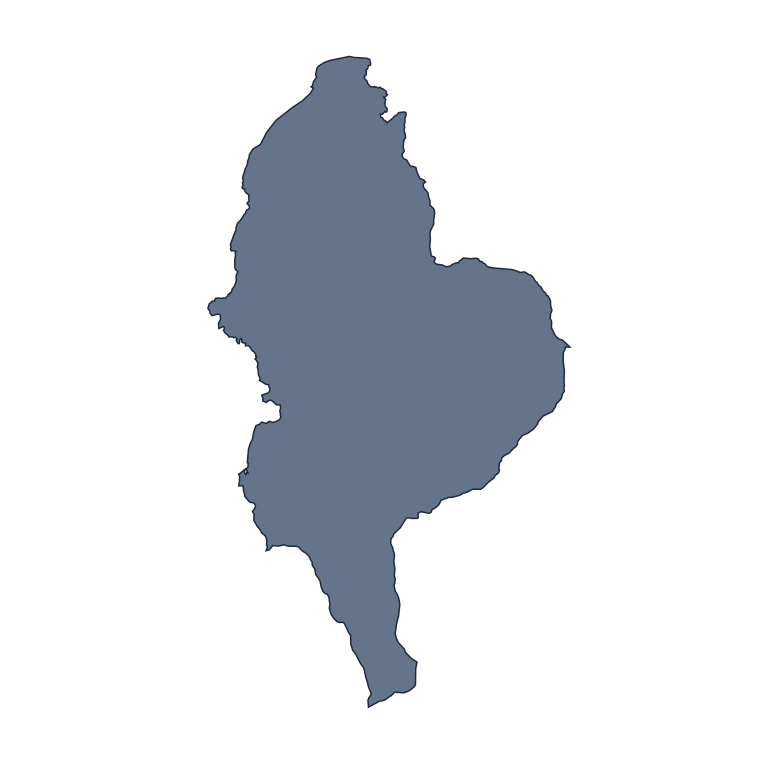 the district of Tangua, Nariño, Colombia, rotated 185°
{"feature_id": "7082276B88194767649924", "entity_name": "Tangua", "entity_type": "district", "adm_level": 2, "iso_a3": "COL", "parent_name": "Colombia", "parent_adm1": "Nariño", "projection": "orthographic", "projection_center": [-77.351, 1.075], "detail": "fine", "context": "isolated", "style": "filled", "palette": "slate", "viewbox_px": 768, "rotation_deg": 185, "n_neighbors": 0, "source": "geoboundaries", "source_scale": "gbopen_adm2", "svg_char_len": 6152}
<svg xmlns="http://www.w3.org/2000/svg" viewBox="0 0 768 768"><g transform="rotate(185 384 384)"><path d="M326.4,87.1L327.6,103.0L326.9,109.8L333.3,113.3L339.7,119.1L340.6,121.6L347.2,127.7L349.5,131.6L351.1,136.4L350.5,147.5L349.3,154.0L349.0,165.7L350.5,171.4L352.5,175.6L354.7,178.5L356.6,184.7L355.9,185.9L355.8,190.9L357.0,193.4L357.0,200.8L358.8,207.9L358.6,214.3L361.4,222.3L363.3,225.2L363.6,230.0L361.5,233.6L361.3,235.4L354.9,242.7L350.2,252.3L348.4,252.9L343.8,252.5L338.9,253.1L338.3,254.2L338.7,258.4L336.0,260.0L328.1,259.2L326.8,259.5L325.7,260.6L325.2,263.1L321.4,265.6L318.8,268.7L316.9,273.3L309.3,276.8L306.3,277.0L298.9,279.7L295.9,281.9L291.9,283.5L286.5,286.9L278.4,287.6L275.8,289.9L272.2,294.5L266.0,300.4L265.2,302.6L262.3,305.3L261.6,307.0L261.6,308.5L262.5,311.0L262.0,312.5L262.2,314.5L261.7,316.2L260.3,318.0L260.4,319.8L259.8,321.2L257.7,323.3L253.6,325.9L249.1,331.5L247.2,333.0L245.9,335.5L245.8,338.4L242.1,344.1L240.6,345.4L236.3,347.6L231.2,352.1L227.7,357.1L226.6,360.7L222.6,366.0L213.9,371.2L211.3,376.1L210.6,379.1L206.0,385.0L205.4,389.4L203.8,392.5L204.5,396.2L204.1,397.7L204.9,401.8L205.4,412.8L207.4,421.7L208.1,430.8L206.5,435.1L206.6,436.5L202.0,437.0L210.0,443.3L213.5,444.1L216.6,446.1L217.8,447.5L222.0,454.3L222.5,460.9L224.1,463.8L224.2,468.6L223.1,472.0L224.7,476.1L225.5,481.6L228.1,485.9L230.2,486.7L230.6,488.2L234.2,491.1L236.0,494.3L238.3,495.6L240.6,498.7L242.1,499.4L244.9,503.5L247.4,505.3L249.4,505.7L252.5,507.5L254.1,507.9L257.9,507.0L264.7,508.9L267.5,509.2L283.2,509.1L289.7,509.6L291.8,510.3L293.8,512.4L296.0,513.3L297.0,514.4L299.5,514.7L300.7,516.7L302.8,517.4L308.4,516.4L315.9,516.4L319.5,513.1L320.4,511.4L323.5,510.6L326.7,508.9L328.1,507.2L332.5,506.2L336.1,507.6L342.0,507.9L344.3,509.4L344.7,510.6L343.8,513.7L345.1,515.1L347.2,515.3L348.2,516.3L350.5,525.4L350.4,532.4L351.4,537.2L350.9,541.3L348.4,547.5L348.8,551.5L348.4,558.1L349.0,561.5L350.5,563.6L353.8,566.1L354.2,570.8L355.6,573.5L357.0,578.4L361.4,582.9L362.1,584.6L362.2,587.1L360.2,588.7L360.4,589.1L362.1,590.7L366.2,591.9L369.4,597.5L371.2,602.6L377.0,603.7L381.0,609.2L383.6,609.9L384.7,610.7L386.1,613.9L384.2,617.8L385.5,621.8L385.6,625.4L385.1,629.5L383.9,631.1L384.7,634.9L386.3,638.7L385.7,641.2L386.4,643.9L386.0,646.3L386.3,650.7L385.4,653.7L385.8,656.2L387.3,656.8L392.8,655.7L394.7,653.2L396.9,651.6L399.0,649.0L403.9,644.4L404.7,645.8L407.0,646.8L408.8,649.1L410.5,649.5L411.1,652.6L409.1,652.6L406.7,655.7L405.7,654.9L404.9,655.6L404.8,658.5L407.1,660.9L407.5,663.9L407.1,667.7L409.4,669.7L407.8,670.1L405.7,672.6L407.0,673.3L407.0,675.0L407.7,676.0L411.0,678.0L413.1,678.5L413.5,679.3L415.3,678.5L417.8,679.2L418.6,678.8L419.3,679.6L420.7,678.9L423.0,679.1L424.6,680.0L426.5,682.2L427.4,684.4L429.8,686.5L430.5,688.3L429.9,689.8L429.0,689.6L428.6,691.1L428.9,692.2L428.6,693.4L429.5,694.9L427.9,696.3L427.2,699.7L425.5,700.4L425.1,701.6L426.6,706.2L430.0,707.0L442.6,706.7L447.1,707.3L466.1,701.6L471.9,698.9L476.8,695.0L478.3,692.9L479.1,686.6L477.9,683.6L480.5,679.2L481.4,674.6L482.6,673.7L480.1,672.5L482.9,666.9L490.2,658.8L499.1,651.7L514.6,637.2L522.8,624.5L527.9,611.9L535.1,606.6L538.1,600.6L538.2,597.6L539.3,593.9L539.2,590.7L540.9,586.5L542.7,578.2L542.7,576.2L541.9,575.0L542.0,573.2L542.6,572.0L541.6,570.1L542.6,567.5L541.9,566.3L540.1,566.2L539.8,564.6L537.9,562.2L535.1,560.6L535.2,558.3L534.3,554.4L535.8,552.9L536.1,551.9L533.8,549.5L533.4,547.3L534.1,546.3L535.7,545.6L536.6,543.6L536.7,541.9L538.1,540.8L540.9,535.0L543.8,531.6L545.1,526.8L544.7,524.1L545.8,522.3L549.2,509.5L548.3,506.9L548.7,505.1L547.7,503.3L545.6,503.7L543.1,503.1L543.7,501.5L543.1,499.7L543.5,494.9L542.7,486.6L541.8,485.0L539.5,483.3L540.8,478.6L540.2,475.0L540.4,472.4L541.6,468.2L543.4,465.6L544.1,462.2L545.6,460.9L545.3,460.6L547.1,459.5L547.5,458.1L549.0,456.1L550.0,455.5L551.4,455.8L552.6,455.2L556.6,455.2L559.3,454.6L560.2,451.8L562.1,451.8L565.0,448.6L566.0,444.4L565.7,443.4L563.8,441.2L563.3,439.1L561.2,437.1L555.7,439.1L554.3,439.1L553.0,438.2L552.5,434.2L554.2,429.9L553.3,424.9L549.2,427.2L548.3,426.9L547.9,425.1L548.6,423.5L546.7,420.9L544.0,419.2L542.6,417.3L538.9,417.9L538.0,417.0L536.0,417.5L534.5,416.7L534.3,416.2L535.0,415.2L534.9,414.3L533.9,412.6L532.5,411.4L531.8,411.6L531.6,412.3L531.7,415.5L530.8,416.7L530.0,416.8L529.4,413.5L527.5,412.6L525.6,412.7L525.3,409.9L522.9,410.5L521.8,410.1L517.9,405.5L516.2,404.6L514.2,402.3L514.2,400.3L513.1,399.6L514.7,397.7L513.4,396.7L511.3,393.7L511.7,389.5L510.7,387.5L509.9,382.4L507.7,378.3L508.5,376.8L501.8,373.5L498.7,373.1L498.2,370.8L497.2,369.3L497.1,367.7L498.3,365.2L504.7,362.3L504.7,361.6L503.2,359.3L503.6,357.7L503.2,356.5L499.7,355.3L497.2,357.5L495.6,358.0L494.5,357.7L489.1,353.8L485.7,354.2L484.9,351.0L485.5,347.6L484.5,345.9L484.7,344.1L483.8,342.4L484.9,339.3L489.9,336.3L492.9,336.1L495.1,336.9L497.9,334.4L502.6,335.4L504.5,333.0L507.8,331.5L509.7,324.6L510.2,317.7L512.1,313.1L513.3,307.3L513.3,293.6L512.4,293.5L512.3,289.4L513.1,288.1L513.9,287.6L513.8,286.1L512.5,285.6L512.7,284.3L512.0,283.6L513.0,283.7L513.5,281.7L514.0,281.7L515.1,283.6L515.4,285.4L515.7,285.6L515.5,286.5L519.3,282.6L521.0,281.6L519.8,279.5L519.5,273.6L519.9,269.9L516.0,270.4L515.4,269.5L514.3,264.3L513.3,262.4L512.8,259.9L508.2,255.2L506.6,254.4L503.4,254.2L501.4,252.1L501.8,249.1L503.9,245.6L502.1,242.7L501.8,236.9L498.1,231.4L494.2,227.5L493.1,225.2L489.1,222.3L488.0,220.7L487.0,217.4L487.1,213.8L485.9,211.3L486.9,207.6L483.9,208.8L480.5,213.4L475.2,213.3L469.3,215.1L465.6,214.1L457.4,214.7L455.3,214.4L450.3,210.2L446.9,208.6L443.4,205.5L441.5,202.0L440.2,200.6L439.5,196.8L436.9,193.8L435.3,188.1L432.4,184.8L430.5,181.9L428.8,176.1L427.1,172.6L425.0,170.4L422.2,169.6L420.3,166.8L418.7,159.5L419.0,156.0L416.7,150.1L414.5,147.1L410.3,143.3L408.1,142.5L404.4,143.1L403.1,142.4L402.1,141.2L397.3,132.9L395.4,130.6L394.3,121.7L392.0,116.1L388.4,112.0L383.4,104.0L379.2,99.0L376.3,89.4L374.8,86.3L373.1,81.0L369.8,74.5L369.9,73.1L371.7,70.2L372.4,67.6L371.3,60.7L361.4,67.3L355.6,69.2L351.7,72.8L349.4,74.4L346.6,77.9L337.0,78.1L332.2,80.6L328.1,84.3L326.4,87.1Z" fill="#64748b" stroke="#1e293b" stroke-width="1.5"/></g></svg>